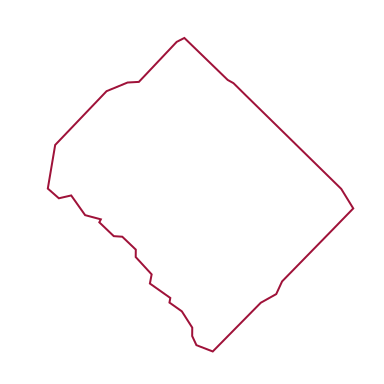 Meriwether, Georgia, United States of America (Mercator projection), rotated 134°
{"feature_id": "52423323B31070060965001", "entity_name": "Meriwether", "entity_type": "district", "adm_level": 2, "iso_a3": "USA", "parent_name": "United States of America", "parent_adm1": "Georgia", "projection": "mercator", "projection_center": [-84.624, 33.037], "detail": "fine", "context": "isolated", "style": "outline", "palette": "rose", "viewbox_px": 384, "rotation_deg": 134, "n_neighbors": 0, "source": "geoboundaries", "source_scale": "gbopen_adm2", "svg_char_len": 568}
<svg xmlns="http://www.w3.org/2000/svg" viewBox="0 0 384 384"><g transform="rotate(134 192 192)"><path d="M292.3,66.3L223.9,65.6L206.9,60.5L193.7,65.1L124.5,64.7L91.8,64.6L86.1,86.8L85.1,220.5L84.9,237.8L86.6,244.2L86.5,304.5L94.6,307.3L149.7,306.7L158.0,314.4L178.8,323.5L253.2,323.1L289.7,298.1L289.0,283.4L278.4,276.5L282.9,252.8L275.0,238.6L278.2,237.6L278.1,217.6L272.6,211.1L272.5,192.4L277.9,187.3L279.3,163.8L287.1,158.7L283.3,134.0L287.2,131.4L284.9,116.4L289.4,97.6L295.5,91.8L299.1,82.4L292.3,66.3Z" fill="none" stroke="#9f1239" stroke-width="2"/></g></svg>